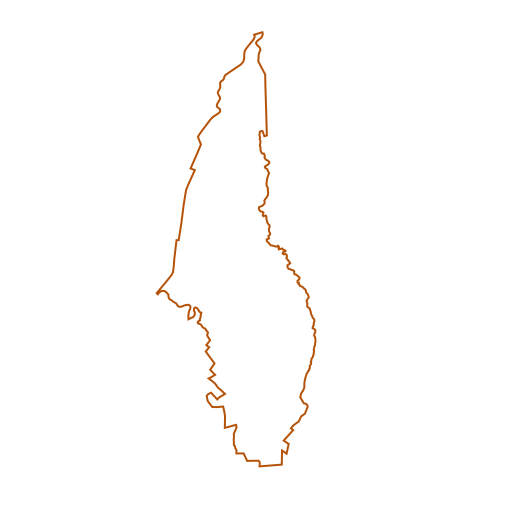 the district of Langata, Nairobi, Kenya, rotated 242°
{"feature_id": "3690345B52672237617144", "entity_name": "Langata", "entity_type": "district", "adm_level": 2, "iso_a3": "KEN", "parent_name": "Kenya", "parent_adm1": "Nairobi", "projection": "robinson", "projection_center": [36.812, -1.368], "detail": "fine", "context": "isolated", "style": "outline", "palette": "amber", "viewbox_px": 512, "rotation_deg": 242, "n_neighbors": 0, "source": "geoboundaries", "source_scale": "gbopen_adm2", "svg_char_len": 5939}
<svg xmlns="http://www.w3.org/2000/svg" viewBox="0 0 512 512"><g transform="rotate(242 256 256)"><path d="M79.2,152.0L77.9,154.7L74.0,162.2L72.5,162.5L71.2,162.0L68.6,160.4L63.0,173.2L59.7,180.8L72.0,187.7L67.1,190.2L74.7,196.6L80.0,193.8L80.6,195.4L84.8,207.1L87.3,205.9L87.9,207.0L88.9,209.6L89.1,210.8L89.3,212.2L89.8,216.0L93.2,220.7L93.6,223.7L93.8,225.2L98.3,230.5L99.5,231.2L101.7,231.0L103.4,229.1L109.2,228.8L110.6,228.8L111.8,230.0L113.2,230.9L114.1,232.5L115.1,234.5L116.2,235.8L117.8,237.3L119.4,238.2L121.0,239.0L122.6,240.2L124.0,241.3L125.3,242.5L126.4,243.6L127.5,244.7L128.3,245.5L129.0,246.8L130.0,248.3L130.2,249.4L131.2,249.8L131.9,251.1L133.3,251.5L134.0,252.4L134.5,253.5L135.6,254.5L136.9,254.7L137.7,255.8L139.2,256.7L139.9,258.4L141.1,259.5L142.0,260.7L143.4,261.5L144.7,262.6L146.0,262.8L146.8,263.7L148.2,264.6L149.6,266.3L151.0,267.0L152.0,268.0L153.6,268.9L155.0,269.5L156.2,269.9L157.2,270.1L158.2,269.9L159.3,270.6L160.1,271.4L161.3,272.8L162.3,273.4L163.4,273.5L164.7,272.7L165.8,272.1L166.6,272.8L168.1,274.8L169.2,275.1L170.3,276.3L172.0,277.5L173.6,277.5L174.7,277.1L176.1,277.3L177.8,277.3L179.4,277.6L180.8,278.0L181.9,278.3L183.0,278.4L184.1,278.7L185.8,278.2L186.9,277.5L187.9,277.8L189.2,278.5L190.7,279.4L192.3,279.3L193.8,281.2L194.6,283.1L196.5,283.6L198.5,283.7L199.9,283.2L201.1,283.4L202.1,283.7L203.2,283.9L204.4,283.2L205.8,282.9L207.1,282.4L208.2,281.4L209.1,280.7L210.2,281.0L211.2,280.4L212.3,281.3L213.1,280.3L214.7,281.1L215.1,283.2L216.4,284.3L217.8,283.9L219.2,283.3L220.5,282.8L221.6,281.5L222.9,281.6L224.6,282.6L225.9,282.2L226.8,280.9L228.2,280.1L229.4,278.7L231.0,278.6L232.0,278.8L233.1,279.5L233.2,281.1L233.6,282.8L235.3,282.7L236.9,282.3L238.3,282.2L239.8,281.8L241.3,283.3L242.9,283.6L244.0,283.0L244.4,281.3L245.6,280.7L246.6,281.4L246.4,282.7L246.5,284.4L247.6,284.2L248.5,283.1L250.3,282.7L251.2,279.2L252.2,279.5L253.2,280.6L254.7,280.3L254.4,278.9L255.0,278.0L257.8,275.0L258.5,274.0L259.7,273.7L261.4,273.4L263.1,272.8L264.3,272.6L265.6,273.2L265.4,275.7L266.7,276.0L267.9,276.4L268.1,278.1L269.1,279.1L271.4,279.1L272.8,279.5L274.2,280.5L275.9,282.1L277.1,282.3L278.2,281.9L279.9,281.7L282.5,282.2L284.1,282.7L285.8,283.6L287.2,283.6L287.4,282.4L287.6,281.2L288.7,281.0L289.7,281.9L290.9,283.0L292.0,282.5L293.0,281.1L294.8,280.5L296.3,280.7L297.7,281.7L297.5,283.4L297.4,285.6L298.1,287.5L298.7,288.6L299.8,289.0L300.9,289.3L301.7,290.5L302.7,292.9L304.3,295.3L306.6,296.6L308.7,297.4L310.5,298.4L311.9,298.4L313.1,298.4L314.5,299.0L315.8,299.8L317.2,300.8L319.0,302.1L320.9,304.0L322.9,306.4L324.2,306.4L325.7,306.4L327.4,306.7L329.4,305.5L330.8,305.8L331.0,307.2L331.1,309.7L332.0,311.5L333.2,311.8L334.8,311.2L335.8,310.3L337.9,309.7L339.2,309.8L340.0,310.7L341.2,311.0L342.8,311.0L343.4,309.7L344.7,309.4L346.6,309.5L347.6,309.8L348.9,310.4L350.2,311.2L351.5,311.1L352.4,311.8L353.8,313.0L354.8,313.5L356.1,314.1L357.6,314.2L358.5,315.1L359.8,315.6L361.1,315.7L362.4,316.7L363.9,317.7L363.8,319.2L363.3,320.4L357.8,319.6L357.3,322.2L360.6,323.8L382.4,334.6L401.3,343.9L411.9,349.3L423.8,349.4L426.6,349.4L427.9,349.9L429.1,351.0L430.3,351.6L431.6,352.4L432.8,353.1L434.1,354.4L435.6,356.3L436.5,356.9L437.9,357.1L439.3,356.9L440.5,356.4L442.2,355.9L443.7,355.9L444.6,356.6L445.2,357.7L445.6,359.5L445.8,361.0L446.3,363.3L447.9,365.4L449.2,366.4L450.6,366.7L452.3,358.2L450.9,358.1L449.8,357.5L448.9,356.3L448.1,355.0L447.3,353.1L445.9,349.7L443.9,345.1L442.7,342.9L441.3,341.5L440.0,340.6L438.6,339.7L436.6,338.7L434.5,337.0L433.6,336.0L432.5,333.6L432.1,331.9L431.8,328.9L431.6,326.8L431.4,324.7L430.3,315.1L429.8,313.1L428.2,311.3L427.1,310.2L426.7,308.5L426.6,307.1L425.5,305.4L424.3,304.9L423.2,304.4L422.1,303.9L421.3,303.1L420.4,302.2L419.7,301.0L419.2,300.0L418.4,299.1L417.2,298.7L416.1,298.6L414.9,298.6L413.2,298.7L411.8,298.1L410.6,296.6L408.5,293.2L407.1,291.9L405.9,291.7L404.8,292.1L403.7,292.7L402.6,293.1L401.5,292.8L400.5,292.1L399.9,291.1L399.6,289.8L399.5,288.5L399.3,286.8L399.1,284.6L398.9,282.9L398.3,280.9L397.4,278.8L392.0,267.2L389.8,262.8L388.4,260.6L380.4,259.8L373.5,251.4L370.8,248.0L365.2,240.9L364.0,239.3L360.6,242.3L356.9,237.6L350.3,229.0L349.2,227.8L348.5,227.0L347.3,225.4L345.7,224.2L335.2,216.2L320.0,205.5L306.3,195.2L307.3,193.3L305.6,192.1L304.2,191.1L294.5,184.4L292.1,182.7L288.1,180.2L283.4,177.1L280.7,175.1L279.1,172.9L277.3,169.0L276.2,166.4L269.8,150.9L268.3,151.4L269.0,152.6L269.5,155.5L269.1,157.1L268.3,158.5L266.8,159.5L264.4,160.2L263.0,160.5L261.5,159.8L259.9,159.3L258.5,159.4L257.0,160.3L255.8,161.0L254.1,161.7L252.9,162.5L251.8,163.2L250.6,163.4L249.2,163.4L248.1,163.7L247.1,164.6L246.3,166.1L245.9,169.9L245.3,172.1L244.6,173.4L243.7,174.1L242.5,174.4L241.4,174.0L240.5,173.3L238.7,171.1L237.3,169.8L234.3,167.8L231.8,166.7L231.8,168.2L231.8,170.0L231.5,171.6L231.9,172.7L232.5,173.8L233.7,174.9L235.4,175.6L236.8,175.5L237.7,176.0L239.1,177.1L239.0,178.4L237.7,179.4L236.1,179.8L234.9,179.8L233.6,179.9L232.5,180.2L231.6,181.1L230.4,180.0L229.1,178.9L227.9,178.4L226.7,176.8L225.4,176.2L225.3,173.9L224.0,173.1L223.0,173.7L222.1,174.7L220.7,175.3L218.8,175.3L217.4,175.8L216.5,176.4L215.5,177.2L214.3,177.2L213.1,177.3L211.8,177.6L210.8,177.6L210.1,176.7L209.1,175.7L207.7,175.6L205.8,175.7L204.1,175.9L203.1,175.8L200.6,170.3L197.4,171.8L195.3,166.8L185.6,168.2L180.6,168.9L177.0,162.1L170.3,164.1L170.0,160.2L170.1,156.7L164.6,159.2L163.1,159.8L160.4,160.3L157.6,160.6L154.3,162.0L148.8,163.9L148.4,156.9L147.5,154.5L156.4,152.1L156.5,150.0L156.4,148.6L155.6,146.8L152.4,145.8L150.5,145.3L143.2,146.5L140.8,150.8L138.5,156.3L137.0,155.9L132.7,154.7L131.2,154.2L128.6,153.2L118.9,147.8L116.3,159.1L114.9,158.8L113.8,158.3L112.9,157.3L111.0,154.9L109.5,153.0L108.5,152.5L107.3,152.0L106.0,151.2L104.5,150.2L102.9,149.5L101.1,148.6L99.4,147.7L98.4,148.1L97.2,147.9L96.1,147.4L94.2,147.6L93.2,147.4L92.2,146.6L90.8,146.0L87.5,152.4L79.2,152.0Z" fill="none" stroke="#b45309" stroke-width="2"/></g></svg>